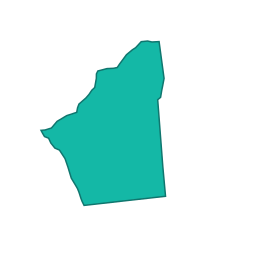 outline of Timbaúba dos Batistas, Rio Grande do Norte, Brazil, rotated 215°
{"feature_id": "56859067B13745413884516", "entity_name": "Timbaúba dos Batistas", "entity_type": "district", "adm_level": 2, "iso_a3": "BRA", "parent_name": "Brazil", "parent_adm1": "Rio Grande do Norte", "projection": "mercator", "projection_center": [-37.223, -6.487], "detail": "fine", "context": "isolated", "style": "filled", "palette": "teal", "viewbox_px": 256, "rotation_deg": 215, "n_neighbors": 0, "source": "geoboundaries", "source_scale": "gbopen_adm2", "svg_char_len": 746}
<svg xmlns="http://www.w3.org/2000/svg" viewBox="0 0 256 256"><g transform="rotate(215 128 128)"><path d="M197.9,76.2L194.8,74.6L191.5,73.1L187.2,74.1L182.5,71.4L176.4,69.6L171.5,70.6L162.0,66.8L154.6,61.4L145.7,54.4L138.5,51.2L134.6,49.4L131.1,47.1L126.1,43.3L123.4,41.5L119.6,39.4L89.8,65.7L58.1,93.6L77.3,116.3L119.9,168.2L118.9,171.8L122.0,178.3L123.6,182.0L126.9,189.3L152.1,216.6L157.7,212.2L161.8,210.5L166.7,206.3L167.8,198.2L169.3,194.5L171.3,187.2L171.6,175.4L171.5,171.4L174.0,168.7L179.3,164.6L185.4,157.4L184.9,154.2L182.4,150.5L178.5,142.1L179.3,138.2L179.2,133.1L179.7,128.4L181.9,119.5L180.9,115.6L179.0,111.4L185.3,103.0L189.9,92.8L190.7,84.1L194.8,78.8L197.9,76.2Z" fill="#14b8a6" stroke="#0f766e" stroke-width="1.5"/></g></svg>